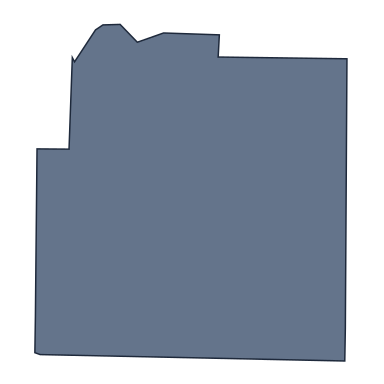 Richland, Illinois, United States of America (Albers equal-area conic projection), rotated 91°
{"feature_id": "52423323B13866918129633", "entity_name": "Richland", "entity_type": "district", "adm_level": 2, "iso_a3": "USA", "parent_name": "United States of America", "parent_adm1": "Illinois", "projection": "albers", "projection_center": [-88.143, 38.71], "detail": "fine", "context": "isolated", "style": "filled", "palette": "slate", "viewbox_px": 384, "rotation_deg": 91, "n_neighbors": 0, "source": "geoboundaries", "source_scale": "gbopen_adm2", "svg_char_len": 372}
<svg xmlns="http://www.w3.org/2000/svg" viewBox="0 0 384 384"><g transform="rotate(91 192 192)"><path d="M358.3,36.3L325.7,36.3L56.1,39.4L56.6,168.2L34.4,167.4L33.5,223.2L43.2,249.3L25.7,266.8L26.5,284.0L31.6,291.3L63.9,311.7L59.7,314.0L151.3,315.7L151.6,347.7L319.4,346.4L355.4,346.3L357.2,341.0L358.3,36.3Z" fill="#64748b" stroke="#1e293b" stroke-width="1.5"/></g></svg>